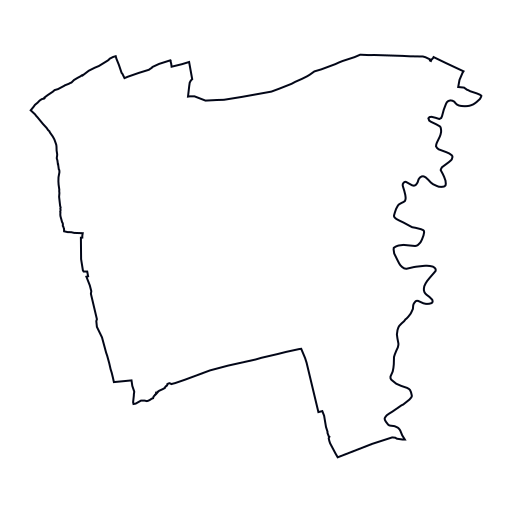 Cavadinesti, Galati, Romania (Equal Earth projection)
{"feature_id": "2599482B39355848993801", "entity_name": "Cavadinesti", "entity_type": "district", "adm_level": 2, "iso_a3": "ROU", "parent_name": "Romania", "parent_adm1": "Galati", "projection": "equal_earth", "projection_center": [28.047, 46.057], "detail": "fine", "context": "isolated", "style": "outline", "palette": "ink", "viewbox_px": 512, "rotation_deg": 0, "n_neighbors": 0, "source": "geoboundaries", "source_scale": "gbopen_adm2", "svg_char_len": 5923}
<svg xmlns="http://www.w3.org/2000/svg" viewBox="0 0 512 512"><path d="M464.0,87.6L458.2,87.0L459.5,79.9L462.5,72.9L463.5,71.3L445.8,63.0L433.6,57.1L433.3,57.8L431.4,59.8L430.9,61.0L429.9,60.5L429.9,60.2L430.1,59.7L430.0,59.4L425.4,57.2L422.9,56.5L409.8,56.3L402.6,55.9L374.3,55.0L368.9,55.1L360.2,54.7L354.6,57.1L342.6,61.0L339.1,62.4L335.4,64.1L321.2,69.4L314.4,71.4L309.6,74.8L307.1,76.3L301.9,78.9L295.3,81.8L291.6,83.8L279.2,88.7L271.4,91.6L241.9,96.9L223.9,99.8L217.0,100.0L205.5,100.6L194.4,96.3L190.0,96.3L188.0,96.6L189.2,86.2L189.7,82.7L190.5,81.1L191.4,79.9L192.2,79.2L189.1,62.0L181.9,64.2L171.6,66.7L171.2,63.7L170.7,61.9L170.6,60.5L170.4,60.3L159.1,63.9L152.4,67.0L151.7,67.9L150.2,68.8L149.2,69.6L148.5,69.9L138.8,72.9L127.9,76.7L124.5,78.1L122.4,73.8L121.6,72.9L118.9,64.9L116.4,58.7L115.7,56.2L113.0,57.0L109.7,58.7L108.5,60.0L107.5,60.7L98.9,66.0L94.8,67.7L88.8,70.7L82.8,75.3L82.7,75.0L81.7,75.4L80.7,76.2L77.7,77.8L74.0,80.0L71.4,82.6L70.4,82.9L68.8,83.8L64.7,85.4L64.4,85.7L58.0,89.1L54.6,90.1L52.8,91.7L47.7,95.1L44.4,97.6L44.6,98.1L44.1,98.6L42.1,99.0L40.4,100.0L39.3,100.9L37.6,102.7L35.0,104.8L33.5,106.9L30.7,110.3L35.1,114.4L36.1,115.8L37.5,117.3L42.9,123.9L46.6,127.9L48.1,130.1L49.5,131.4L49.8,132.3L52.7,136.4L53.6,138.0L54.4,139.5L55.9,143.7L56.3,145.0L56.5,146.8L56.6,150.5L57.2,154.4L57.1,155.7L56.8,157.6L56.8,158.5L57.4,160.4L57.9,164.2L58.1,164.2L58.8,169.3L59.2,169.9L59.4,170.9L59.4,172.4L58.8,175.6L58.5,177.3L58.4,181.3L58.6,184.6L59.3,189.7L59.2,191.1L59.4,193.1L59.1,196.8L59.2,197.7L60.1,205.6L60.3,206.6L60.6,207.3L60.6,207.7L60.3,208.6L60.6,210.0L60.2,211.8L60.4,212.2L60.3,214.8L60.5,216.4L60.8,217.4L60.9,217.9L61.3,219.2L62.0,221.9L62.7,223.2L62.9,224.2L62.8,225.9L63.3,226.6L63.6,227.8L64.0,228.5L64.1,231.3L67.6,232.1L71.2,232.2L74.2,232.9L82.7,233.2L82.3,235.7L82.3,237.6L80.9,237.7L81.1,259.2L82.9,270.4L83.6,271.5L87.2,271.5L88.1,276.3L86.4,276.7L89.8,285.4L91.3,291.2L90.9,293.8L96.9,319.2L96.3,321.1L96.9,326.9L102.0,337.4L106.1,352.6L107.2,355.8L109.2,363.1L110.6,369.2L111.7,372.7L112.9,377.6L113.9,382.1L131.5,380.4L132.3,385.9L134.2,391.5L134.2,392.1L133.9,394.0L133.8,395.9L133.1,402.2L133.5,404.0L135.7,403.6L141.0,400.6L144.6,400.6L146.7,401.1L147.8,400.9L149.6,400.1L151.7,398.7L153.1,398.2L153.5,396.8L153.8,396.3L155.2,394.9L155.1,394.7L156.1,393.8L156.1,393.6L156.3,393.8L157.0,393.0L157.6,392.3L157.3,392.1L157.4,391.9L157.8,392.0L158.2,391.5L159.1,390.8L162.8,389.1L164.8,388.0L164.8,387.6L165.9,386.2L166.2,386.2L167.0,385.5L167.4,384.6L167.3,384.2L168.2,383.6L169.5,383.2L171.0,383.8L171.2,384.0L171.6,384.1L172.3,383.8L175.1,383.1L185.0,379.7L210.0,370.4L228.1,365.6L255.6,359.5L261.4,357.8L277.4,354.1L286.1,351.9L299.0,349.1L301.2,348.8L305.1,358.1L306.6,362.8L318.4,412.1L322.3,411.1L324.1,415.7L326.0,427.0L327.5,431.7L327.5,433.0L328.7,436.2L329.4,436.8L328.7,438.2L329.3,440.9L330.1,443.3L335.5,453.5L337.7,457.3L372.1,443.9L392.2,437.4L395.2,437.7L396.9,438.7L402.3,439.5L404.8,439.5L402.2,435.3L400.4,430.9L399.7,429.6L399.0,428.8L398.4,428.1L397.5,427.5L395.1,426.4L394.2,426.1L390.1,425.6L389.1,425.3L388.2,424.7L386.1,422.0L385.3,420.7L384.9,419.9L384.7,418.9L384.7,418.3L385.2,417.3L386.4,415.7L387.0,415.1L389.3,413.5L392.4,411.6L401.5,405.3L403.1,404.6L409.4,399.6L411.3,397.4L411.8,396.2L411.8,395.5L411.0,392.2L410.0,390.0L409.0,389.0L407.1,387.9L401.2,385.9L396.2,383.7L391.5,379.9L390.9,379.1L390.5,378.2L390.5,376.5L392.1,372.9L392.7,371.5L393.4,368.0L393.8,364.3L394.0,357.0L394.8,354.4L396.3,350.7L397.8,347.5L398.4,344.9L398.4,343.5L397.4,338.2L396.9,334.4L397.3,331.6L397.5,330.1L398.4,327.4L399.3,325.8L401.6,323.4L404.1,321.2L405.5,319.3L406.5,318.6L408.2,316.8L410.4,314.0L411.1,312.8L412.9,308.9L413.2,305.4L413.5,304.3L414.0,303.3L415.5,301.4L416.1,301.0L417.0,300.8L418.1,300.9L423.4,303.3L426.1,303.9L429.0,303.8L431.3,303.2L432.2,302.6L432.6,301.7L432.5,300.6L432.2,299.7L429.4,296.9L426.5,294.7L425.3,293.5L424.5,292.3L423.9,290.4L423.9,288.5L424.3,286.2L425.6,283.4L427.2,280.9L429.8,277.7L435.5,271.1L435.7,270.2L435.6,269.2L435.1,268.3L433.8,267.2L432.8,266.6L429.9,266.0L426.5,265.7L424.5,265.8L416.2,266.7L413.7,267.1L406.4,268.8L404.2,268.4L402.1,267.0L400.4,265.3L399.2,263.5L397.6,260.4L394.2,253.5L393.6,249.4L393.8,247.8L395.7,246.6L397.4,245.9L398.7,245.5L403.5,244.9L415.1,246.0L416.5,245.7L417.4,245.3L418.0,244.9L419.9,243.0L420.7,242.0L422.0,239.4L423.5,235.4L424.1,232.4L424.0,231.4L423.8,230.7L423.1,230.1L421.0,229.2L415.5,227.8L412.1,227.2L403.4,222.5L399.2,220.5L396.4,219.0L395.3,218.1L394.6,217.4L394.1,216.6L394.0,215.5L394.9,212.4L396.1,208.9L397.5,206.3L398.1,205.3L399.1,204.3L401.6,202.9L403.5,202.0L404.9,201.0L405.4,199.7L405.6,198.7L405.6,197.4L405.3,195.0L404.3,190.9L402.9,186.3L402.7,185.3L402.8,184.1L403.3,183.2L403.9,182.5L404.6,182.0L405.5,181.8L406.2,182.0L412.1,185.3L413.8,185.7L414.6,185.5L415.3,185.2L416.0,184.7L416.9,183.5L417.6,182.4L418.6,179.3L419.8,177.7L420.5,177.1L422.1,176.3L423.2,176.3L424.2,176.6L425.7,177.4L428.3,179.8L430.8,182.5L433.0,184.2L436.9,186.0L438.7,186.7L441.4,186.9L443.7,186.6L444.5,186.3L445.5,185.4L445.8,183.8L445.5,180.7L444.1,176.8L442.7,173.8L441.6,171.8L440.7,170.1L440.9,169.3L441.9,167.3L448.9,162.1L451.2,160.1L451.8,159.3L452.4,157.3L452.4,156.3L451.8,155.3L449.3,153.5L446.4,152.2L438.6,149.3L437.0,147.9L436.0,146.3L436.3,144.3L436.9,142.6L439.8,136.6L440.5,134.7L441.1,132.0L441.1,130.1L440.8,128.1L440.5,127.2L439.9,126.4L436.4,124.4L430.8,121.7L429.2,120.6L428.4,118.3L429.5,117.1L431.5,116.8L435.6,117.8L439.3,119.0L441.2,118.0L442.0,116.2L443.8,109.6L445.9,104.1L446.8,102.3L448.3,101.0L450.4,100.4L452.4,100.7L454.3,101.7L455.5,103.2L457.0,104.6L458.9,105.5L460.8,105.9L462.9,106.1L464.9,106.2L467.1,106.1L469.3,105.8L471.2,105.2L473.2,104.4L474.9,103.3L476.5,102.1L479.8,99.1L480.1,98.7L481.2,96.6L481.3,95.7L479.9,94.7L476.8,93.4L470.1,91.2L468.3,90.2L467.1,89.8L464.0,87.6Z" fill="none" stroke="#020617" stroke-width="2"/></svg>